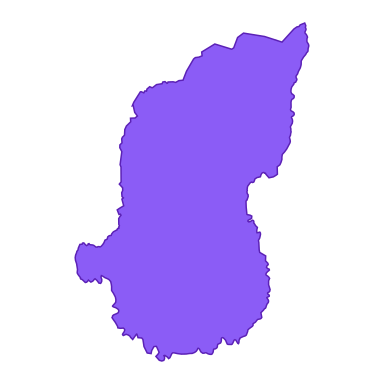 outline of Zacazonapan, México, Mexico
{"feature_id": "50627088B85040406712653", "entity_name": "Zacazonapan", "entity_type": "district", "adm_level": 2, "iso_a3": "MEX", "parent_name": "Mexico", "parent_adm1": "México", "projection": "natural_earth1", "projection_center": [-100.25, 19.063], "detail": "fine", "context": "isolated", "style": "filled", "palette": "violet", "viewbox_px": 384, "rotation_deg": 0, "n_neighbors": 0, "source": "geoboundaries", "source_scale": "gbopen_adm2", "svg_char_len": 5989}
<svg xmlns="http://www.w3.org/2000/svg" viewBox="0 0 384 384"><path d="M75.6,255.1L75.2,257.6L75.5,260.4L76.6,263.7L77.5,269.5L77.2,272.3L77.3,273.2L78.1,274.6L80.5,277.8L80.4,278.5L80.7,279.0L81.9,279.4L82.7,280.0L85.3,282.5L86.6,282.2L87.5,281.4L88.4,280.1L90.9,282.1L92.7,281.2L93.4,280.5L94.5,279.1L95.1,278.8L96.9,280.4L99.0,283.2L99.9,283.2L100.5,283.4L101.1,282.8L101.7,281.4L101.8,279.5L101.0,277.2L101.4,275.6L102.6,276.1L105.0,277.7L107.2,278.6L108.9,279.5L110.7,281.6L111.3,284.3L111.6,286.4L111.6,290.5L113.5,293.4L115.4,297.1L115.9,299.8L115.7,302.3L114.3,304.0L112.6,305.9L112.6,306.4L114.3,307.3L115.2,307.4L117.7,308.9L118.6,310.0L118.7,310.7L118.7,311.3L118.3,312.6L116.9,313.5L113.6,314.9L112.6,315.8L112.5,316.6L112.0,317.6L113.1,319.3L115.4,322.5L117.5,326.2L117.9,327.9L120.2,328.3L123.4,328.1L124.3,328.9L124.7,329.5L124.6,330.6L124.1,331.8L123.2,333.1L122.5,334.3L123.0,335.3L123.3,335.5L126.1,334.3L128.2,335.0L129.9,336.1L130.6,337.4L132.7,339.5L136.5,334.1L136.9,334.2L138.0,337.7L141.7,338.0L142.9,339.4L144.0,346.6L147.2,353.0L151.1,353.6L151.7,350.6L153.9,346.6L156.2,346.3L156.6,346.7L159.1,352.3L157.9,354.3L155.9,356.4L159.3,360.3L161.8,361.0L163.8,360.4L164.4,359.2L164.6,358.3L164.5,357.0L164.0,355.6L164.9,355.4L167.4,357.1L168.6,358.6L169.9,357.7L171.9,353.5L172.8,352.8L174.3,352.9L177.5,353.6L181.4,354.1L186.2,354.0L189.5,353.5L192.3,353.4L194.7,352.4L196.3,351.2L197.3,349.7L197.8,348.4L198.5,348.3L199.4,349.0L200.3,350.9L201.0,352.0L202.7,353.2L204.0,353.2L205.2,352.8L206.2,352.8L208.2,353.9L209.9,354.3L211.2,354.4L212.2,353.9L213.1,352.2L213.6,349.3L213.9,349.1L215.5,348.8L216.7,348.0L217.3,347.0L217.5,345.1L217.8,344.3L220.5,343.0L221.1,341.9L221.4,340.2L221.3,338.7L221.6,338.0L222.4,337.6L223.4,337.9L225.5,340.1L227.2,344.0L228.0,344.4L231.4,344.5L232.1,344.2L232.9,342.9L234.1,340.2L234.9,339.7L235.8,340.1L237.8,343.4L238.4,343.7L238.9,342.8L239.1,340.1L239.8,338.9L239.7,338.4L240.7,337.7L243.3,336.5L245.2,335.9L246.3,335.1L247.6,331.7L247.9,329.9L249.0,328.8L252.4,326.3L253.0,325.5L253.1,323.7L255.4,322.2L257.2,319.9L257.8,319.4L260.2,318.9L261.1,318.4L261.8,317.4L260.9,312.7L263.5,310.1L264.6,308.6L265.4,308.3L265.9,307.4L266.3,305.9L267.0,304.1L268.3,302.5L268.6,301.0L268.1,299.6L267.0,298.1L266.9,297.5L269.2,296.3L269.3,295.5L268.9,294.8L267.8,294.0L267.6,293.5L267.6,293.0L267.9,292.6L269.1,292.0L269.7,291.4L270.1,289.6L269.5,287.6L268.6,284.8L268.6,280.8L269.6,278.4L268.7,277.0L267.8,276.2L266.2,275.1L265.9,274.2L266.3,273.1L267.6,271.6L268.8,270.7L269.4,270.0L269.1,269.1L267.7,268.6L266.5,267.4L266.9,265.9L268.2,264.7L267.9,263.3L265.5,260.8L265.7,255.9L259.7,252.4L259.2,249.9L258.8,242.3L258.5,241.0L258.5,240.2L259.7,238.1L260.5,234.5L260.4,233.0L259.8,232.1L258.1,232.6L257.0,232.7L256.7,231.2L256.9,229.5L257.4,227.4L255.5,225.6L254.8,224.3L253.8,223.0L253.9,222.0L253.7,221.0L253.3,220.5L252.4,220.2L250.2,221.6L248.8,221.9L248.0,221.4L248.0,220.4L250.7,218.9L251.6,218.3L251.8,216.1L250.2,215.2L248.2,214.8L247.3,214.6L246.9,214.3L246.2,207.2L246.0,201.5L246.4,200.4L247.0,200.1L248.2,196.4L248.1,194.7L247.3,193.7L246.9,191.7L247.3,190.6L247.1,189.4L247.3,188.4L247.4,187.2L247.8,186.0L250.2,182.8L251.2,182.2L251.8,182.1L252.4,182.5L253.2,182.3L253.8,182.0L254.4,180.7L254.8,179.1L256.9,177.6L260.4,176.8L261.0,174.7L261.7,173.5L262.4,172.8L263.5,172.5L264.1,172.6L264.5,173.2L265.5,173.2L265.8,174.1L269.0,177.8L273.3,176.9L276.0,175.3L277.4,174.2L277.2,166.8L279.9,164.8L281.0,162.4L281.9,159.5L281.9,156.9L282.1,155.8L282.3,154.4L284.5,152.0L286.7,149.0L290.0,142.8L290.3,141.3L290.1,139.9L289.5,137.7L289.6,137.1L289.8,136.5L290.4,135.6L290.7,133.5L291.1,131.9L290.8,130.1L290.9,129.0L290.4,127.0L290.5,126.5L291.7,124.3L292.3,123.2L292.6,121.1L292.3,119.2L291.5,117.8L291.5,117.3L291.7,116.7L293.0,116.0L293.9,115.1L294.2,114.4L294.2,113.8L294.0,112.8L292.7,111.6L291.5,111.1L291.0,110.7L290.7,110.3L290.5,109.4L291.1,107.3L291.0,102.3L291.2,101.0L291.5,100.1L292.1,99.2L293.3,98.6L293.8,98.0L294.1,97.5L294.2,96.4L294.2,95.8L293.9,95.4L292.6,94.2L291.9,93.9L291.2,92.7L290.9,91.4L291.1,89.2L291.5,87.7L291.9,86.7L293.1,85.1L293.7,84.4L294.1,83.0L294.4,82.6L295.6,82.3L295.9,81.6L296.5,80.6L296.9,79.6L296.8,78.9L296.2,77.9L296.0,76.6L296.2,75.8L297.6,73.9L298.3,71.7L300.3,67.9L301.1,64.9L301.2,63.4L301.2,61.2L301.5,60.4L303.6,57.0L305.7,54.5L306.7,52.6L307.5,51.9L307.8,51.5L308.0,50.9L308.1,48.7L308.7,46.4L308.8,45.8L308.5,44.3L307.1,42.0L306.9,41.3L306.9,40.3L307.0,38.5L307.5,37.3L307.3,36.4L306.2,34.3L305.2,33.3L305.0,32.6L305.0,31.9L305.3,31.2L306.0,29.7L306.0,28.9L305.4,27.4L305.8,25.6L304.7,23.0L300.1,24.9L299.0,26.5L296.9,26.9L293.9,29.0L282.0,42.1L264.6,36.5L243.5,33.1L237.6,37.5L233.7,47.9L231.7,49.2L214.8,44.0L201.7,52.0L202.1,55.8L199.0,57.1L195.3,57.6L193.6,59.0L186.5,71.2L183.0,80.2L178.9,80.6L175.7,82.4L173.1,81.8L168.0,82.0L167.6,83.0L167.0,83.3L165.0,81.6L162.8,82.0L162.1,83.7L156.5,84.6L152.8,87.5L152.0,87.7L149.7,86.7L147.0,89.0L146.5,91.1L144.9,90.9L143.8,92.8L141.1,91.7L140.3,91.9L133.8,102.2L132.3,105.8L133.2,105.6L134.7,112.4L137.4,116.0L135.1,118.0L130.5,118.2L130.7,121.8L126.4,126.0L124.8,129.5L124.5,135.1L123.3,136.4L122.4,137.2L121.7,138.9L122.0,142.8L119.9,144.9L119.8,147.7L121.8,151.6L120.1,164.7L121.0,167.0L121.1,181.9L119.3,184.1L122.6,187.8L122.7,190.5L121.7,192.7L122.0,196.6L123.4,197.9L121.9,199.1L123.7,205.8L119.5,208.3L117.2,209.9L119.0,214.5L120.5,214.2L121.0,215.3L119.9,216.6L118.7,218.6L118.8,224.4L119.4,225.7L118.6,227.3L119.0,228.0L118.5,228.4L117.7,228.6L117.1,229.3L117.1,229.8L113.4,231.8L112.7,232.6L111.7,233.9L111.2,235.4L109.2,235.7L107.7,236.9L107.3,238.9L106.2,239.6L105.0,240.1L104.0,242.6L102.7,244.6L101.1,246.4L100.0,246.9L99.1,246.6L98.0,246.6L97.5,247.0L96.0,247.1L93.8,245.4L92.8,245.0L90.1,244.7L89.5,244.3L89.0,243.6L88.2,243.8L88.2,244.6L86.6,245.6L85.5,244.8L83.8,242.9L82.5,243.1L82.1,244.2L79.9,244.4L78.3,248.1L78.0,249.9L76.9,251.3L76.5,252.9L75.6,255.1Z" fill="#8b5cf6" stroke="#5b21b6" stroke-width="1.5"/></svg>